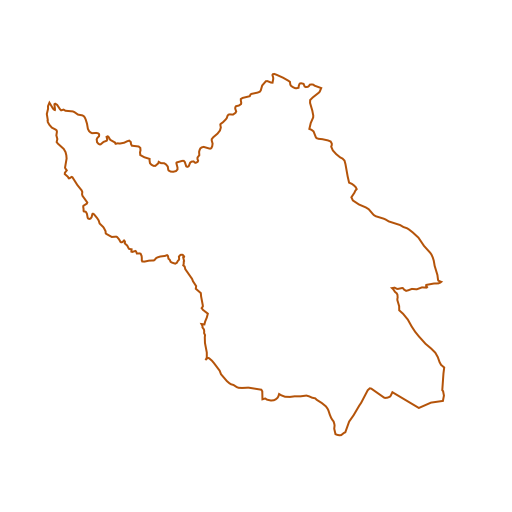 the district of Cuaspud, Nariño, Colombia, rotated 168°
{"feature_id": "7082276B48690619382287", "entity_name": "Cuaspud", "entity_type": "district", "adm_level": 2, "iso_a3": "COL", "parent_name": "Colombia", "parent_adm1": "Nariño", "projection": "robinson", "projection_center": [-77.724, 0.875], "detail": "fine", "context": "isolated", "style": "outline", "palette": "amber", "viewbox_px": 512, "rotation_deg": 168, "n_neighbors": 0, "source": "geoboundaries", "source_scale": "gbopen_adm2", "svg_char_len": 6108}
<svg xmlns="http://www.w3.org/2000/svg" viewBox="0 0 512 512"><g transform="rotate(168 256 256)"><path d="M426.2,448.9L428.3,445.8L428.8,443.2L431.1,438.4L431.4,432.1L431.7,431.9L431.8,430.2L430.8,427.2L429.0,424.0L425.7,421.3L424.9,420.3L424.9,418.9L426.2,415.5L426.0,411.7L427.3,408.9L426.5,407.2L421.8,400.7L420.7,397.2L420.6,393.9L421.0,390.7L424.4,382.2L424.3,381.3L423.3,379.1L425.6,377.2L426.0,375.9L423.6,372.7L423.0,370.9L422.3,370.8L419.9,371.7L419.2,371.2L416.0,362.6L412.9,356.4L412.6,354.7L413.3,352.6L413.2,350.9L409.9,343.4L410.6,342.4L414.4,341.0L414.8,340.0L414.9,337.9L415.3,335.9L415.0,335.3L413.5,334.8L413.1,334.2L412.6,332.4L412.7,328.5L412.5,327.7L411.4,326.9L410.1,327.0L408.7,328.2L407.3,331.1L406.7,331.3L405.8,330.5L403.6,326.3L402.5,323.5L402.2,320.3L399.4,316.1L398.9,314.8L398.0,311.5L398.3,309.6L398.0,308.9L393.1,304.6L388.7,304.0L387.9,303.4L386.5,300.8L385.6,297.9L385.0,297.4L383.8,297.4L382.6,298.0L382.1,298.6L381.7,298.6L381.2,297.2L381.7,295.6L379.8,292.9L378.9,289.7L378.6,289.3L376.3,288.4L377.0,286.2L376.2,285.7L372.9,286.0L372.4,285.4L372.0,283.2L369.2,282.7L368.4,282.2L367.9,279.8L368.1,277.8L368.6,275.6L368.4,274.3L366.3,273.7L361.6,273.7L356.9,272.9L355.9,273.3L354.3,274.6L352.8,275.1L349.8,275.4L345.0,275.0L343.1,275.3L342.6,275.2L342.1,274.2L342.2,271.6L341.2,270.3L340.7,268.0L339.4,266.9L336.6,265.3L334.9,265.8L333.5,267.4L332.3,268.2L331.8,269.0L331.5,271.5L329.6,272.8L328.0,272.6L327.4,272.3L326.6,270.9L326.4,270.3L326.6,270.0L327.5,269.9L327.4,266.0L327.8,265.6L328.4,263.2L329.1,262.0L328.0,260.6L327.9,257.8L323.3,246.9L322.9,244.4L320.8,239.0L321.7,236.5L317.7,231.2L318.1,227.9L318.3,218.9L318.5,217.7L320.0,216.3L319.0,214.2L315.1,209.6L317.0,205.9L319.3,202.6L320.7,199.8L323.5,200.8L322.9,198.7L323.2,197.2L322.2,195.0L322.3,193.2L322.8,191.4L322.3,189.2L323.0,187.1L324.0,181.5L324.2,171.8L325.2,167.1L325.9,165.9L327.1,164.8L325.0,166.1L323.8,166.2L323.1,165.7L320.9,162.8L319.4,160.0L315.4,151.4L314.8,147.6L310.5,139.7L308.6,137.2L307.2,135.8L304.8,134.5L302.0,131.7L300.4,130.7L297.0,129.8L290.7,128.8L278.6,124.1L278.0,122.3L279.5,114.5L276.6,114.7L275.1,113.2L271.4,111.5L268.5,111.2L266.5,111.7L264.6,112.7L263.4,113.9L262.1,116.2L260.4,114.6L256.9,112.3L252.1,111.1L247.2,110.7L241.8,109.5L235.7,109.0L233.1,107.6L230.7,105.8L227.6,104.4L226.6,102.8L222.2,98.5L218.9,94.4L217.8,91.9L217.3,90.0L216.8,85.5L216.2,82.2L215.5,80.1L214.5,78.0L214.3,75.3L214.4,73.8L215.4,70.8L215.3,65.2L213.8,64.2L211.7,63.3L209.9,63.1L206.9,64.6L205.3,65.0L199.3,74.7L193.7,79.9L186.0,88.3L183.7,90.5L174.6,101.5L172.2,102.9L170.8,102.3L160.1,90.8L159.1,90.3L156.9,90.1L154.4,90.5L153.4,91.2L150.9,94.4L128.3,73.5L115.3,76.2L103.3,75.4L101.2,80.4L101.1,84.9L101.7,86.0L97.1,102.0L95.1,107.8L97.6,111.0L98.5,114.0L99.2,119.3L100.7,124.1L103.8,128.9L108.4,134.8L113.3,143.3L116.1,148.8L118.4,154.7L120.7,162.2L124.1,168.8L127.2,173.1L126.4,177.2L126.9,183.3L126.7,184.5L126.1,185.9L125.7,188.6L126.1,190.2L127.5,192.0L128.7,195.0L129.6,196.3L127.0,196.2L125.2,194.7L124.2,194.3L119.6,194.3L119.0,194.0L118.1,192.3L116.4,190.7L114.2,190.8L110.4,191.4L105.7,190.0L100.2,190.8L95.7,189.6L95.1,190.0L95.8,191.3L95.6,192.2L95.2,192.3L87.7,192.1L83.4,191.3L81.2,191.7L80.2,192.2L82.6,193.8L82.9,194.7L82.5,199.7L83.3,209.2L83.1,214.5L83.4,217.8L84.1,221.0L84.9,222.9L89.6,231.0L93.3,240.2L97.8,246.5L101.0,250.3L102.6,251.8L105.8,253.7L108.6,256.3L118.9,262.2L121.7,264.8L123.4,266.0L130.6,270.0L132.2,271.5L132.9,272.6L136.0,278.3L138.5,280.7L144.6,285.0L149.7,290.2L150.5,293.6L146.6,297.4L145.3,299.2L143.6,300.5L144.2,302.7L145.6,304.8L147.2,306.6L149.7,308.4L149.8,314.9L149.4,327.2L149.6,330.9L151.1,333.3L153.2,335.0L156.4,339.0L158.9,343.3L159.7,347.3L158.8,348.8L158.5,350.2L159.2,352.5L161.6,354.1L166.9,356.5L170.4,357.6L172.3,358.7L172.8,359.8L173.8,365.9L175.5,367.9L177.4,369.2L174.8,374.7L171.3,379.6L170.8,381.4L170.7,386.4L171.3,394.5L170.6,397.3L167.5,399.3L160.6,402.7L159.5,403.5L157.3,406.7L163.4,410.5L164.2,411.6L165.7,412.2L167.7,412.4L169.0,411.2L170.2,410.7L172.2,410.9L173.2,411.7L173.7,414.5L176.0,415.6L177.2,415.6L177.8,415.1L178.8,413.5L179.4,411.7L181.9,411.7L183.1,412.2L184.8,413.5L186.3,415.1L186.8,416.4L186.6,419.3L188.0,420.8L192.5,424.8L198.1,428.9L200.3,430.3L201.7,430.3L202.3,429.6L202.1,427.1L202.3,425.7L203.8,422.1L205.2,422.5L208.5,424.7L210.0,424.9L214.5,421.5L216.9,417.0L218.1,415.9L220.5,415.5L226.8,415.5L227.8,415.1L228.9,413.6L236.2,413.4L238.2,412.7L238.5,411.5L238.6,408.8L239.1,407.7L241.5,406.7L244.4,406.7L245.3,405.8L245.7,404.4L245.3,401.5L246.3,400.3L249.1,399.1L252.3,400.0L253.5,400.0L254.6,399.2L256.0,396.9L257.3,395.8L260.5,393.7L263.2,392.5L263.6,391.9L263.7,389.0L265.2,386.2L268.2,383.7L273.2,381.0L275.0,379.5L275.3,378.3L275.1,374.9L276.0,372.5L277.1,371.0L278.0,370.5L279.1,370.7L284.5,373.6L286.6,373.5L288.1,372.8L289.2,371.3L290.0,369.7L290.5,366.4L292.7,364.5L293.1,363.1L292.8,361.2L293.6,360.2L295.6,359.7L296.3,360.0L297.4,361.5L299.4,361.7L301.0,361.0L303.0,358.0L303.7,357.6L304.7,357.5L305.6,358.2L306.1,362.7L306.9,364.1L308.3,364.4L314.1,364.0L314.4,363.8L314.6,363.1L314.4,358.8L314.8,357.0L316.6,355.7L319.5,355.6L321.9,356.3L323.6,357.7L323.9,358.5L323.7,361.8L325.0,364.3L326.5,365.8L329.7,366.6L331.6,368.3L332.3,367.0L335.7,365.1L337.5,365.5L339.3,367.0L340.4,368.8L340.3,371.3L339.9,373.1L344.7,375.8L348.2,378.8L347.9,381.5L347.0,383.4L346.7,385.8L348.0,387.5L354.5,389.7L355.0,391.5L354.8,393.5L356.0,395.2L358.2,395.0L361.4,394.2L365.8,394.3L368.0,395.0L369.9,394.9L370.2,395.2L370.2,396.2L374.4,399.9L375.6,403.4L376.2,403.9L377.4,403.6L377.3,400.8L378.1,399.8L381.4,399.3L384.8,397.5L385.6,397.6L386.7,398.4L387.8,400.3L387.6,403.2L386.5,404.6L384.7,405.7L384.2,407.1L384.3,408.1L385.1,408.9L386.7,409.6L390.8,410.2L392.2,411.3L393.3,412.8L394.0,415.3L393.8,420.5L394.2,424.9L394.7,427.2L395.5,428.7L396.7,429.7L400.7,431.3L403.7,434.5L405.1,435.5L412.2,437.7L413.8,439.2L416.3,439.0L417.2,440.3L419.1,445.2L420.7,446.7L421.5,446.5L421.7,446.1L422.1,441.3L422.4,440.6L422.8,440.8L423.9,442.3L426.2,448.9Z" fill="none" stroke="#b45309" stroke-width="2"/></g></svg>